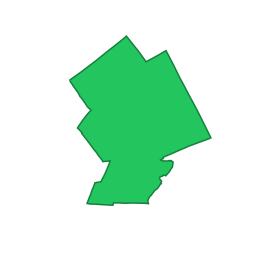 outline of Cosoveni, Dolj, Romania, rotated 303°
{"feature_id": "2599482B99392647375272", "entity_name": "Cosoveni", "entity_type": "district", "adm_level": 2, "iso_a3": "ROU", "parent_name": "Romania", "parent_adm1": "Dolj", "projection": "equal_earth", "projection_center": [23.934, 44.254], "detail": "fine", "context": "isolated", "style": "filled", "palette": "green", "viewbox_px": 256, "rotation_deg": 303, "n_neighbors": 0, "source": "geoboundaries", "source_scale": "gbopen_adm2", "svg_char_len": 4881}
<svg xmlns="http://www.w3.org/2000/svg" viewBox="0 0 256 256"><g transform="rotate(303 128 128)"><path d="M164.9,202.9L177.0,182.5L182.0,173.8L186.5,165.5L191.0,157.3L193.1,153.7L195.4,149.5L198.0,144.7L199.4,142.3L205.9,131.4L209.8,124.5L213.6,117.7L205.4,113.6L193.4,107.1L194.5,104.3L198.5,93.8L201.0,86.1L202.5,81.6L203.4,79.0L204.2,76.6L203.4,76.4L201.2,75.8L196.6,74.3L192.1,72.8L179.6,68.5L166.8,64.4L147.5,57.4L136.7,53.1L136.3,53.5L135.7,54.1L135.4,54.4L135.3,54.5L135.2,54.9L134.8,56.0L134.5,56.8L134.2,57.6L134.1,57.8L134.0,58.0L133.8,58.4L133.4,59.1L133.2,59.5L133.0,59.8L133.0,60.0L133.0,60.3L133.0,60.6L132.9,60.8L132.7,61.2L132.5,61.6L131.9,62.9L131.3,64.5L131.0,65.2L131.1,65.6L131.0,65.8L130.8,66.1L129.7,68.1L128.4,70.4L128.1,70.9L128.0,71.5L127.9,71.9L127.9,72.4L127.5,73.2L127.2,73.9L127.0,74.6L126.8,75.1L126.1,76.7L125.4,78.6L124.9,79.7L124.5,80.6L123.9,81.9L123.7,82.5L123.5,83.2L123.3,84.1L123.2,84.9L122.9,87.2L122.8,87.4L122.4,87.3L121.7,87.1L120.7,86.9L119.6,86.7L117.5,86.4L113.8,86.1L110.1,85.8L107.7,85.7L106.8,85.7L105.3,85.7L103.9,85.6L103.2,85.6L100.5,85.6L100.4,85.7L100.4,85.8L100.5,85.9L100.4,86.2L100.4,86.4L100.1,87.3L99.8,88.8L99.4,90.3L99.1,91.8L98.6,91.8L98.3,92.0L97.7,93.7L97.2,95.2L97.0,95.9L96.8,96.2L96.6,96.8L96.3,97.7L95.9,98.9L95.9,99.2L95.2,100.9L95.0,101.5L94.7,102.4L94.1,103.9L93.2,106.3L92.8,107.4L92.4,108.4L92.0,109.6L91.7,110.3L91.0,112.2L90.5,114.1L89.4,116.9L88.7,118.5L87.8,121.4L87.1,123.2L86.8,123.9L86.8,124.1L86.7,124.2L86.5,124.5L86.4,124.7L86.2,124.9L86.0,125.2L86.4,125.6L87.1,126.4L87.8,127.4L88.5,128.3L89.0,129.0L89.8,129.8L90.5,130.4L90.8,130.6L90.5,131.0L90.0,131.2L89.0,131.4L85.5,132.1L82.4,132.7L77.9,133.5L73.6,134.0L71.1,134.2L69.4,134.4L68.4,134.8L68.1,134.4L67.7,134.0L66.9,133.2L66.0,132.2L65.5,131.5L64.5,130.7L64.1,130.1L62.3,130.6L60.0,131.0L59.3,131.4L57.9,131.4L56.8,131.6L55.3,131.9L53.5,132.4L52.6,132.7L51.0,133.0L49.5,133.2L46.7,133.8L45.1,134.2L42.8,134.6L42.4,134.8L42.8,135.8L43.2,136.5L43.4,136.8L43.5,137.2L43.5,137.4L43.8,138.0L44.5,139.0L44.8,139.7L45.1,140.1L45.7,140.9L46.4,142.2L46.9,143.2L47.5,144.1L48.2,145.5L55.0,157.4L55.5,157.3L56.0,157.1L57.1,156.8L57.4,156.7L59.7,160.4L60.8,162.0L61.3,163.1L61.8,164.0L63.2,166.3L64.5,168.2L65.6,169.8L67.5,172.5L74.5,183.9L74.5,184.0L75.7,186.4L76.0,186.2L77.2,184.5L78.3,184.2L80.2,183.7L81.4,183.7L82.4,183.6L83.1,183.8L83.4,183.9L84.4,184.1L86.2,184.2L88.0,184.3L88.4,184.4L89.0,184.4L90.1,184.5L90.4,184.5L90.7,184.7L91.7,185.1L93.0,185.5L93.4,185.6L93.7,185.6L94.0,185.6L94.4,185.7L94.8,185.7L95.1,185.7L95.7,185.7L96.2,185.8L96.7,185.8L97.1,185.8L97.5,185.7L98.1,185.7L98.5,185.8L98.8,185.9L99.2,186.1L99.5,186.3L99.6,186.1L99.6,185.9L99.7,185.7L99.8,185.5L100.1,185.3L100.6,185.3L101.2,185.2L101.6,185.2L101.8,185.0L102.0,184.5L102.1,183.7L102.2,183.0L102.3,182.7L102.5,182.5L103.4,181.7L103.8,181.5L104.2,181.4L104.3,181.5L104.6,181.7L105.0,181.9L105.4,182.1L105.6,182.4L105.8,182.7L106.2,183.0L106.5,183.1L107.3,183.5L107.9,183.7L108.1,184.0L108.5,184.5L108.5,184.8L108.4,185.5L108.5,185.7L111.8,186.2L114.1,186.5L114.9,186.5L115.6,186.5L116.7,186.4L118.2,186.4L119.4,186.5L121.6,185.5L122.5,185.1L124.0,184.4L124.1,184.0L124.1,183.7L124.1,182.9L124.1,182.5L124.2,182.2L124.2,181.8L124.1,181.7L123.9,181.6L123.6,181.5L123.5,181.4L123.4,181.3L123.1,181.0L123.0,180.7L123.1,180.2L122.8,179.9L121.8,179.0L121.5,178.7L121.2,178.2L120.8,177.3L120.5,176.8L120.3,176.6L120.0,176.4L119.8,176.0L119.5,175.3L119.2,174.1L119.1,173.8L119.1,173.3L118.9,172.7L119.0,172.5L121.7,174.2L122.5,173.4L123.1,173.8L123.7,174.2L124.4,174.7L125.2,175.2L125.4,175.3L125.5,175.4L125.9,175.7L126.2,175.8L126.5,176.0L127.1,176.4L127.5,176.7L127.9,177.0L128.3,177.3L128.8,177.6L129.0,177.7L129.2,177.9L129.6,178.2L130.0,178.4L130.5,178.7L130.6,178.8L130.9,178.9L131.3,179.3L131.7,179.5L132.1,179.8L132.6,180.1L133.0,180.4L133.4,180.6L133.8,180.9L134.2,181.2L134.6,181.4L135.0,181.7L135.4,181.9L135.7,182.2L136.1,182.4L136.6,182.7L137.0,183.0L137.5,183.3L137.9,183.6L138.4,183.9L138.8,184.2L139.3,184.5L139.7,184.8L140.2,185.1L140.6,185.4L141.0,185.7L141.5,186.0L141.9,186.3L142.3,186.6L142.8,186.8L143.2,187.1L143.6,187.4L144.0,187.7L144.5,188.0L144.9,188.3L145.3,188.6L145.7,188.8L146.2,189.1L146.6,189.4L147.0,189.7L147.4,190.0L147.8,190.3L148.3,190.7L148.7,191.0L149.1,191.3L149.5,191.6L149.9,191.9L150.3,192.2L150.7,192.5L151.1,192.8L151.6,193.1L152.0,193.4L152.3,193.7L152.7,194.0L153.1,194.3L153.5,194.6L153.9,194.9L154.3,195.2L154.7,195.4L155.0,195.7L155.4,196.0L155.8,196.3L156.2,196.6L156.6,196.9L157.0,197.2L157.3,197.4L157.7,197.7L158.1,198.0L158.4,198.3L158.8,198.5L159.1,198.8L159.5,199.0L159.8,199.3L160.2,199.5L160.5,199.8L160.9,200.0L161.2,200.3L161.5,200.6L161.9,200.8L162.2,201.1L162.5,201.3L162.9,201.6L163.3,201.8L163.7,202.1L164.0,202.3L164.4,202.6L164.5,202.6L164.9,202.9Z" fill="#22c55e" stroke="#15803d" stroke-width="1.5"/></g></svg>